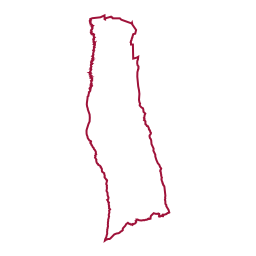 Cartisoara, Sibiu, Romania (Albers equal-area conic projection)
{"feature_id": "2599482B67605816881014", "entity_name": "Cartisoara", "entity_type": "district", "adm_level": 2, "iso_a3": "ROU", "parent_name": "Romania", "parent_adm1": "Sibiu", "projection": "albers", "projection_center": [24.579, 45.672], "detail": "fine", "context": "isolated", "style": "outline", "palette": "rose", "viewbox_px": 256, "rotation_deg": 0, "n_neighbors": 0, "source": "geoboundaries", "source_scale": "gbopen_adm2", "svg_char_len": 5562}
<svg xmlns="http://www.w3.org/2000/svg" viewBox="0 0 256 256"><path d="M169.5,213.3L168.5,209.8L166.3,206.2L166.3,205.0L165.4,203.9L165.3,200.9L164.9,199.8L165.3,198.6L165.1,197.5L165.4,195.8L164.4,186.8L164.2,186.1L163.4,185.3L163.4,184.8L162.9,184.1L162.9,183.3L162.4,182.9L162.3,181.8L161.7,180.6L161.7,179.9L161.4,179.1L161.9,177.6L161.4,176.8L161.4,176.1L161.1,175.2L161.2,174.4L160.9,173.7L160.8,172.0L160.3,171.5L160.2,171.1L160.3,170.2L160.7,170.0L161.2,168.5L160.0,166.9L159.3,164.9L157.8,163.2L156.4,160.0L155.3,156.5L155.3,154.7L153.4,150.7L153.6,148.6L151.5,144.1L151.2,140.4L150.7,139.0L149.9,138.0L149.5,136.1L149.6,135.4L150.6,134.1L150.9,133.3L150.9,132.7L150.3,132.1L150.1,130.9L149.5,130.3L149.5,129.7L148.9,129.2L148.8,128.1L147.9,126.2L146.9,126.0L146.4,125.0L145.5,124.3L145.6,123.8L145.3,123.2L145.5,121.8L145.3,121.1L144.0,120.1L144.6,119.0L143.9,117.9L144.3,117.4L144.6,115.2L145.3,113.6L143.5,111.8L143.3,109.4L142.9,108.2L141.5,107.5L139.7,105.5L139.8,104.4L140.1,103.6L139.4,102.2L139.0,99.8L139.4,93.9L139.0,90.3L138.2,86.2L137.3,76.7L137.4,72.1L138.0,69.9L138.0,69.4L138.5,68.8L138.3,67.8L138.6,67.0L138.3,66.1L137.6,65.4L137.2,63.4L137.3,60.9L137.9,59.6L138.2,56.8L136.6,57.7L133.2,58.6L132.9,44.5L131.0,44.5L131.0,42.8L130.6,42.2L131.0,41.4L131.0,40.8L131.6,40.0L131.6,39.1L132.1,38.1L132.1,37.6L132.4,37.4L132.5,36.3L132.9,35.6L132.9,35.0L133.3,34.1L135.2,33.7L136.1,30.0L132.4,24.6L132.0,22.8L131.6,23.6L131.3,23.3L121.3,19.7L119.8,18.3L112.8,18.3L112.3,17.4L111.4,17.4L111.0,16.7L105.1,18.4L105.1,19.4L104.6,19.2L104.5,15.4L100.4,17.3L92.4,18.2L90.5,18.9L90.8,19.6L90.2,19.7L90.1,20.2L90.5,20.8L90.4,21.0L89.8,20.7L89.7,20.9L90.0,21.7L90.6,22.1L90.2,22.7L90.5,22.9L90.4,23.5L90.8,23.8L90.7,24.4L91.5,24.4L92.0,24.8L92.1,25.3L91.9,25.6L92.4,25.7L92.1,26.0L92.1,26.3L92.4,26.3L91.8,26.9L92.2,27.6L92.5,27.6L92.5,28.3L91.9,29.0L92.0,29.3L91.7,29.5L91.2,30.0L91.2,30.6L91.0,30.9L91.6,31.3L91.4,32.0L91.6,32.1L91.5,32.4L90.9,32.7L91.1,33.2L91.4,33.0L91.5,33.4L92.9,33.8L92.7,34.1L93.1,34.1L93.0,34.4L93.5,34.4L93.6,34.9L94.0,34.9L93.9,35.3L93.6,35.4L93.6,35.8L93.8,36.7L94.4,37.2L93.9,37.4L94.1,38.8L93.5,39.1L93.8,39.5L93.4,39.9L93.7,40.2L93.5,41.3L93.8,41.5L93.6,41.6L93.6,41.9L94.0,41.8L94.4,42.6L94.0,43.3L94.2,43.6L94.5,43.4L94.4,43.6L94.9,43.8L94.9,44.1L94.8,44.5L94.5,44.6L94.9,44.8L94.8,45.6L94.3,45.9L94.3,46.6L94.1,46.7L94.5,47.4L93.9,47.6L93.9,48.9L93.7,49.6L94.0,50.0L93.8,50.1L93.8,50.5L93.3,50.6L93.8,51.5L93.1,53.3L93.4,54.6L93.1,54.7L93.0,55.6L92.9,55.4L92.6,55.8L92.9,55.8L92.9,56.9L93.3,57.4L92.2,58.7L92.4,59.1L92.8,59.2L92.6,59.3L92.7,59.7L92.5,59.9L92.8,60.2L92.4,60.4L92.8,60.6L92.1,60.6L92.3,61.3L91.0,62.1L91.2,63.1L91.9,63.4L91.5,63.6L91.5,63.9L91.7,64.2L91.1,64.4L91.0,64.6L91.1,64.8L90.8,65.2L91.1,66.2L91.3,66.5L91.1,66.6L91.1,67.5L90.7,67.9L91.0,68.2L91.0,68.7L90.7,68.9L91.0,69.0L90.9,69.4L91.2,69.6L90.7,70.6L90.4,71.1L90.1,71.4L90.3,71.8L90.2,72.4L90.4,72.5L90.2,72.7L90.3,73.0L89.7,73.0L90.4,73.5L90.0,73.6L89.8,74.3L90.4,74.3L90.6,75.0L90.5,75.4L91.1,75.7L90.7,76.2L91.4,76.3L90.7,77.5L91.2,77.5L90.9,77.7L90.9,77.9L91.3,78.1L91.4,78.3L91.6,78.2L92.2,78.7L92.0,79.4L92.2,79.9L91.5,80.5L91.7,80.8L91.2,81.0L91.4,81.3L91.2,81.6L91.4,83.3L91.2,83.5L91.4,83.7L91.2,83.9L91.7,84.0L91.7,84.3L91.3,84.7L91.7,85.2L91.2,85.5L91.2,86.0L90.8,86.0L90.9,86.3L90.6,86.8L91.0,86.8L90.8,87.0L90.9,87.3L90.5,87.6L90.6,88.0L90.1,88.2L90.3,88.5L89.8,88.8L90.2,89.2L89.9,89.4L90.3,90.2L90.3,90.7L89.6,91.8L88.9,92.1L88.9,93.4L88.4,95.0L88.5,95.8L87.6,96.7L87.5,98.3L86.9,102.8L86.8,104.5L87.1,106.5L87.8,108.7L87.8,109.4L89.6,114.5L89.8,117.6L89.6,121.5L88.5,123.9L86.7,129.6L86.5,130.8L86.6,133.8L86.9,135.1L87.5,136.5L87.6,137.4L87.8,138.1L89.5,140.6L90.6,140.9L91.0,141.3L91.1,141.8L90.3,142.9L91.3,144.2L91.4,144.9L91.9,145.2L92.8,147.2L93.6,147.8L93.9,149.0L94.8,149.9L95.8,151.7L95.9,153.2L95.7,153.6L96.2,154.3L95.1,155.6L95.5,156.5L95.0,157.5L96.4,159.7L96.2,160.7L96.7,162.6L97.2,163.5L97.9,163.8L98.1,164.7L99.9,165.7L100.8,166.7L100.7,167.5L101.4,168.0L101.9,169.0L101.8,170.1L102.1,171.7L104.2,173.2L104.2,173.9L104.8,176.0L104.5,176.7L104.6,177.5L105.7,178.7L106.0,179.5L106.7,179.7L107.1,180.5L106.2,184.0L107.0,185.7L106.7,186.9L107.0,187.9L106.5,190.9L107.5,192.7L107.6,195.6L108.1,196.3L108.1,196.9L108.5,197.4L108.3,199.0L107.2,199.9L107.9,200.7L108.1,201.9L109.0,202.5L108.6,204.0L109.1,205.7L108.9,206.2L109.2,207.0L109.0,208.2L110.1,209.3L109.1,210.6L109.4,212.4L108.7,215.0L109.1,216.5L108.8,217.1L108.6,218.5L108.2,219.3L108.2,221.1L107.9,222.3L108.0,223.5L107.8,224.6L108.0,226.2L107.9,227.0L107.6,227.4L107.6,228.5L107.2,229.4L107.3,230.3L107.1,231.4L107.2,233.8L106.7,235.2L106.4,236.8L105.2,239.2L104.9,240.6L106.7,239.3L107.4,239.3L107.9,239.0L109.6,239.0L110.5,238.3L114.3,234.4L116.6,233.5L118.6,233.2L119.8,232.5L120.6,231.6L121.6,231.2L122.8,230.1L122.7,229.0L123.1,228.1L125.4,225.6L126.0,224.3L127.9,222.8L129.0,223.8L129.8,223.8L129.9,224.1L131.0,224.6L132.2,224.1L132.5,224.8L133.9,223.8L134.6,223.7L135.5,223.1L135.9,222.2L136.2,221.9L135.8,221.1L136.2,221.0L136.4,220.4L136.8,220.1L136.6,219.5L137.6,219.5L138.9,220.2L141.3,220.5L143.5,220.1L144.1,220.3L145.9,219.7L146.8,219.8L147.9,218.9L148.6,219.1L148.9,218.7L149.2,219.0L150.5,218.7L150.7,216.5L151.1,215.7L153.7,213.2L155.5,213.8L157.7,213.9L158.2,213.5L159.2,213.9L159.3,215.1L158.9,216.1L159.2,216.6L160.2,216.5L161.7,215.6L162.2,216.1L163.0,216.2L163.2,215.5L162.7,214.8L162.8,214.6L164.7,214.7L165.6,214.2L166.5,214.1L166.9,213.5L167.7,213.0L169.1,212.8L169.5,213.3Z" fill="none" stroke="#9f1239" stroke-width="2"/></svg>